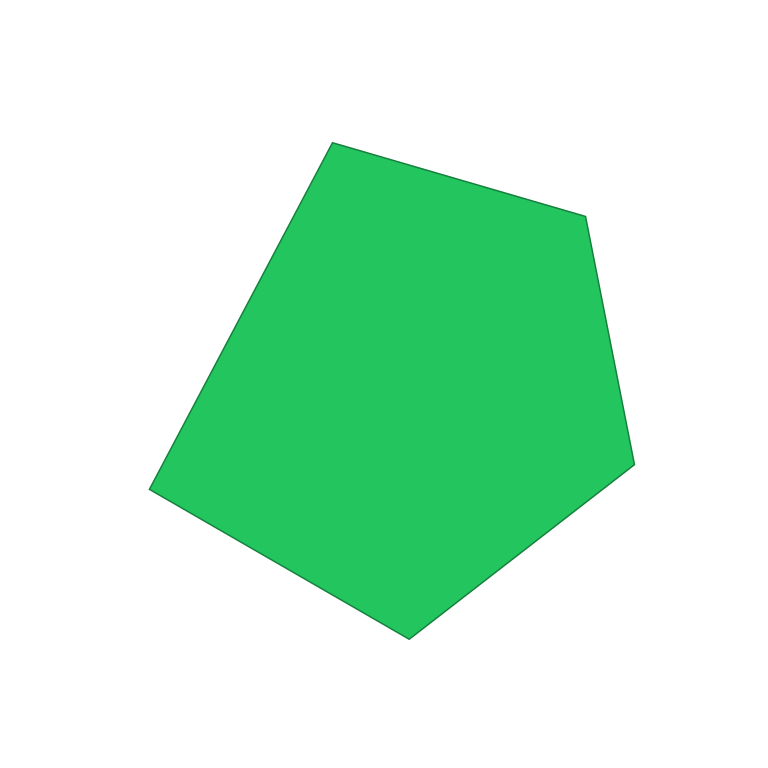 Khanabad city, Andijon, Uzbekistan (Albers equal-area conic projection), rotated 152°
{"feature_id": "79887680B68939090872138", "entity_name": "Khanabad city", "entity_type": "district", "adm_level": 2, "iso_a3": "UZB", "parent_name": "Uzbekistan", "parent_adm1": "Andijon", "projection": "albers", "projection_center": [72.986, 40.823], "detail": "fine", "context": "isolated", "style": "filled", "palette": "green", "viewbox_px": 768, "rotation_deg": 152, "n_neighbors": 0, "source": "geoboundaries", "source_scale": "gbopen_adm2", "svg_char_len": 243}
<svg xmlns="http://www.w3.org/2000/svg" viewBox="0 0 768 768"><g transform="rotate(152 384 384)"><path d="M640.6,401.1L481.6,146.8L200.7,195.2L127.4,437.3L316.2,621.2L640.6,401.1Z" fill="#22c55e" stroke="#15803d" stroke-width="1.5"/></g></svg>